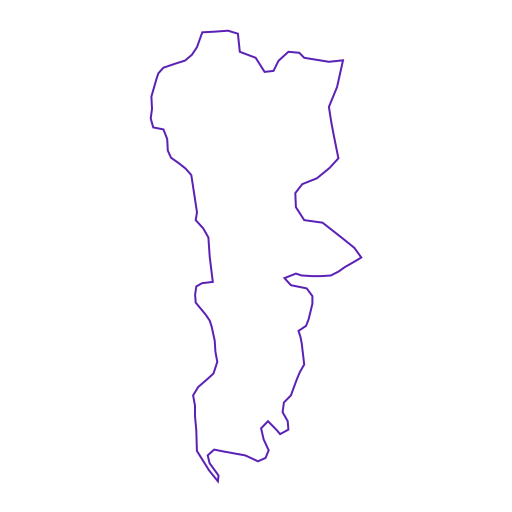 outline of Jangheung-gun, South Jeolla, South Korea
{"feature_id": "91817680B67324121140218", "entity_name": "Jangheung-gun", "entity_type": "district", "adm_level": 2, "iso_a3": "KOR", "parent_name": "South Korea", "parent_adm1": "South Jeolla", "projection": "natural_earth1", "projection_center": [126.923, 34.646], "detail": "fine", "context": "isolated", "style": "outline", "palette": "violet", "viewbox_px": 512, "rotation_deg": 0, "n_neighbors": 0, "source": "geoboundaries", "source_scale": "gbopen_adm2", "svg_char_len": 1555}
<svg xmlns="http://www.w3.org/2000/svg" viewBox="0 0 512 512"><path d="M202.3,32.3L197.0,47.1L191.9,54.8L185.0,60.6L174.8,63.8L163.4,67.7L158.3,73.4L156.4,79.2L151.4,96.6L152.0,108.8L151.0,116.3L150.7,118.4L153.2,127.4L163.4,129.4L167.2,139.0L167.8,150.6L171.0,157.7L179.2,163.5L185.6,168.6L191.3,175.1L191.9,178.9L197.0,212.4L195.7,220.1L203.3,228.5L208.4,237.5L209.7,256.8L212.8,281.9L202.0,283.2L196.3,286.4L195.1,294.8L195.7,302.6L205.8,314.8L209.7,320.6L211.6,326.4L214.7,340.6L215.4,351.6L217.3,361.9L213.5,373.5L207.1,379.3L198.2,387.0L193.1,395.4L195.0,405.7L195.0,416.1L196.3,430.3L196.9,450.9L207.6,468.0L209.0,470.3L217.9,481.3L218.5,475.5L209.6,463.2L207.7,455.4L214.1,449.6L224.2,451.6L245.2,455.4L249.6,457.4L257.9,461.3L265.5,458.0L268.7,450.3L263.6,439.3L261.1,428.3L268.0,421.2L276.9,430.3L280.1,434.1L288.4,429.6L287.7,421.2L282.6,412.2L283.9,402.5L290.9,395.4L296.6,379.9L299.8,372.2L304.2,364.5L302.3,348.3L301.7,343.2L300.4,336.7L298.5,330.9L306.1,325.8L308.6,319.3L310.5,311.6L312.4,303.8L312.4,296.1L306.7,288.4L300.4,287.1L290.9,285.2L284.5,278.1L295.9,273.6L301.7,275.5L311.8,276.1L321.3,276.1L330.8,275.5L338.5,271.6L344.8,267.1L350.5,263.9L361.3,257.5L354.3,247.8L342.2,238.1L322.6,222.7L304.2,220.1L295.9,207.2L295.3,193.1L302.3,184.1L316.9,178.3L329.5,168.0L338.4,158.3L334.0,136.5L331.4,122.9L328.9,106.9L337.1,86.9L343.0,60.3L329.0,61.8L304.2,57.8L299.3,52.8L288.4,51.8L278.5,60.8L273.5,70.9L264.6,71.9L255.7,57.8L239.8,51.8L237.9,33.7L228.0,30.7L214.1,31.7L202.3,32.3Z" fill="none" stroke="#5b21b6" stroke-width="2"/></svg>